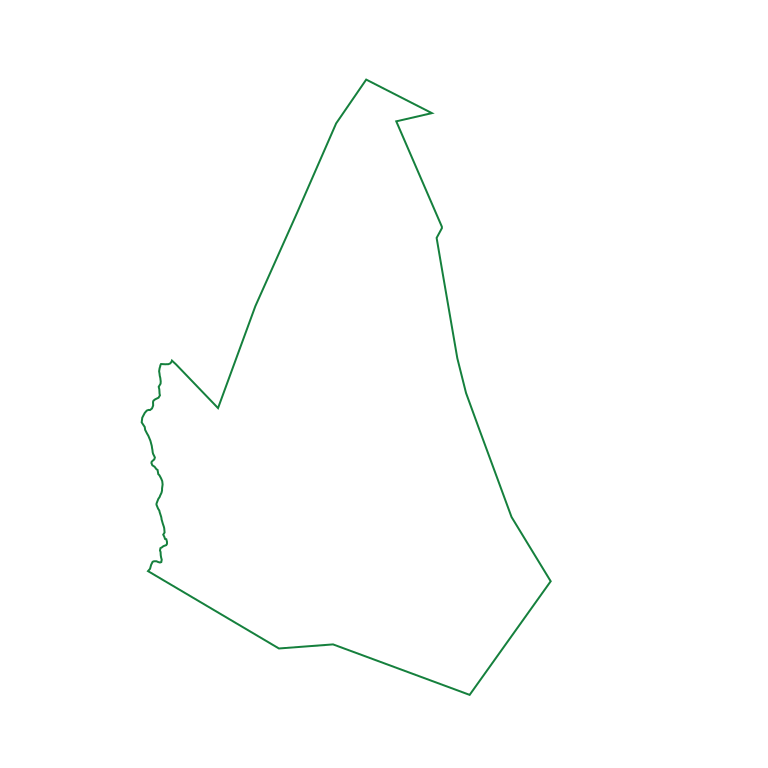 San Pedro Mártir Quiechapa, Oaxaca, Mexico, rotated 18°
{"feature_id": "50627088B60700180885105", "entity_name": "San Pedro Mártir Quiechapa", "entity_type": "district", "adm_level": 2, "iso_a3": "MEX", "parent_name": "Mexico", "parent_adm1": "Oaxaca", "projection": "orthographic", "projection_center": [-96.291, 16.46], "detail": "fine", "context": "isolated", "style": "outline", "palette": "green", "viewbox_px": 768, "rotation_deg": 18, "n_neighbors": 0, "source": "geoboundaries", "source_scale": "gbopen_adm2", "svg_char_len": 1749}
<svg xmlns="http://www.w3.org/2000/svg" viewBox="0 0 768 768"><g transform="rotate(18 384 384)"><path d="M217.4,634.9L365.8,668.0L416.0,647.4L561.5,653.2L603.5,520.1L573.3,494.2L546.4,471.1L522.1,440.2L488.4,397.4L479.1,385.5L464.8,367.2L445.8,336.9L409.7,268.4L400.7,251.3L388.9,228.8L390.9,217.9L390.4,216.5L377.0,201.3L314.5,130.4L345.8,111.6L273.0,100.0L269.7,111.2L257.9,151.1L257.9,151.4L257.9,151.5L248.5,247.4L237.6,349.7L233.6,458.2L180.1,429.6L175.1,427.3L175.1,428.2L174.4,430.4L172.8,431.8L169.6,432.9L165.8,433.9L165.5,435.4L165.7,436.1L165.7,438.3L166.2,441.4L167.3,443.5L168.2,445.5L169.4,447.4L170.2,449.2L170.8,450.4L171.4,452.7L170.6,456.3L171.9,458.4L172.7,460.4L173.5,462.5L174.4,464.0L173.8,466.7L171.1,469.3L169.9,471.1L169.9,472.5L171.1,475.8L171.0,477.7L170.9,479.0L169.5,481.1L168.1,481.4L166.6,482.6L165.4,485.4L164.5,490.7L165.4,495.4L168.4,497.8L169.7,498.8L171.0,501.4L173.9,504.3L175.9,506.1L179.4,510.2L182.3,514.7L183.1,516.4L184.1,518.2L185.2,520.6L186.1,521.9L187.9,523.7L188.8,524.7L188.8,526.6L187.1,529.6L187.2,531.0L188.8,532.9L191.4,533.6L193.8,535.3L195.2,535.7L197.2,539.5L198.6,540.2L201.2,542.7L203.1,544.9L204.5,548.0L205.2,551.9L205.8,553.8L206.0,556.2L205.6,559.2L205.5,561.0L204.9,562.8L204.7,565.9L204.6,567.9L204.9,569.1L207.6,572.3L209.4,573.8L210.3,575.3L213.2,579.3L213.9,580.6L214.4,581.7L214.8,582.2L216.8,585.2L218.6,587.6L219.5,589.0L221.2,593.0L220.6,595.5L222.3,597.2L223.6,599.0L224.9,598.9L226.4,601.2L227.0,603.1L226.7,604.5L224.3,606.4L223.4,607.8L222.1,609.2L222.4,611.6L223.4,612.8L224.6,615.9L225.6,617.8L226.9,619.8L227.2,622.2L226.1,623.0L224.3,623.1L222.4,622.9L220.0,623.7L218.9,624.6L218.4,628.0L218.6,632.0L217.4,634.9Z" fill="none" stroke="#15803d" stroke-width="2"/></g></svg>